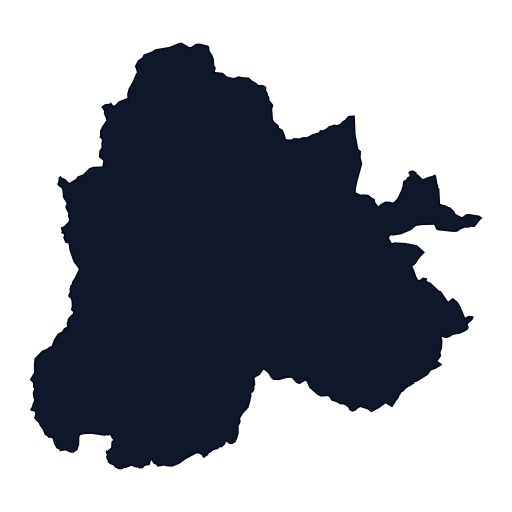 the district of Ramet, Alba, Romania
{"feature_id": "2599482B41424477367758", "entity_name": "Ramet", "entity_type": "district", "adm_level": 2, "iso_a3": "ROU", "parent_name": "Romania", "parent_adm1": "Alba", "projection": "orthographic", "projection_center": [23.514, 46.33], "detail": "fine", "context": "isolated", "style": "filled", "palette": "ink", "viewbox_px": 512, "rotation_deg": 0, "n_neighbors": 0, "source": "geoboundaries", "source_scale": "gbopen_adm2", "svg_char_len": 5968}
<svg xmlns="http://www.w3.org/2000/svg" viewBox="0 0 512 512"><path d="M203.8,457.1L207.5,454.5L208.3,452.6L210.3,451.8L213.1,449.5L217.8,448.3L218.4,447.1L219.5,446.7L221.7,446.5L224.3,444.0L226.0,440.3L230.0,443.5L232.4,443.1L234.7,441.9L236.5,438.1L238.0,433.0L237.8,426.0L239.9,421.8L239.4,418.1L242.5,413.0L247.9,407.2L249.9,400.1L250.1,397.8L250.7,396.9L250.5,392.4L252.6,391.6L253.8,388.9L253.5,386.6L254.7,384.1L254.2,383.6L254.4,381.4L253.7,379.4L254.2,377.7L254.5,377.0L259.3,374.4L263.1,368.8L264.6,369.3L268.1,372.1L269.4,373.6L271.3,377.2L273.5,379.1L278.9,379.4L286.3,377.3L291.0,377.0L292.5,377.6L296.7,382.3L299.6,383.3L304.4,380.4L306.2,379.9L307.3,381.2L309.9,387.2L317.8,394.3L321.4,395.9L327.9,395.3L328.7,395.6L330.3,397.1L332.0,400.1L336.4,401.3L340.4,403.6L343.0,403.7L345.6,404.5L349.1,407.3L349.8,409.4L351.6,410.6L352.4,410.9L354.6,410.3L358.2,407.2L360.5,406.3L367.7,408.7L371.4,411.4L378.4,407.7L385.4,402.5L392.0,406.3L395.5,400.6L398.1,397.4L398.6,395.6L401.4,391.4L402.6,391.1L404.8,388.6L408.3,385.9L410.2,385.3L411.2,384.3L413.5,383.2L413.6,381.8L417.0,380.8L426.6,374.8L428.4,373.1L430.3,369.9L435.0,368.3L440.6,364.9L441.1,364.5L436.4,361.3L440.4,355.9L439.8,352.9L440.0,351.2L441.4,348.0L441.7,340.4L440.5,336.1L443.2,336.4L445.2,337.3L447.1,337.2L450.9,335.5L452.1,334.3L460.2,332.8L465.9,330.0L467.3,328.8L468.0,327.4L466.9,324.9L467.2,323.4L470.9,320.4L472.1,319.0L472.8,317.1L469.1,316.5L464.7,318.6L460.0,307.3L457.2,302.5L452.8,298.8L447.9,302.7L440.5,291.8L438.6,291.3L430.0,283.2L426.8,282.0L425.8,281.0L426.3,278.9L423.0,278.3L420.8,280.2L417.8,280.8L415.7,277.0L413.5,270.6L411.4,266.3L415.0,263.3L419.5,256.8L423.9,252.3L416.4,245.8L404.7,243.6L394.8,243.1L391.8,243.9L391.1,243.6L388.1,238.2L389.6,234.7L394.5,234.7L401.1,233.5L410.8,229.4L415.6,225.3L421.6,224.4L434.8,224.0L436.8,228.9L438.3,229.6L453.2,231.2L456.9,231.0L459.9,228.8L464.8,226.9L468.0,227.0L471.1,226.0L474.2,226.4L479.7,219.4L481.3,218.1L478.9,216.3L468.5,214.7L466.1,215.1L463.1,217.5L461.3,217.8L454.7,214.3L453.8,211.9L449.6,207.9L447.5,207.5L444.7,205.8L442.4,205.7L441.7,205.0L439.4,204.7L438.6,189.0L437.6,189.0L437.3,185.5L436.8,184.7L435.5,176.9L434.9,175.4L432.5,176.6L426.6,178.2L424.4,179.5L422.2,179.8L417.7,175.3L415.6,174.0L415.9,172.8L412.5,171.2L409.9,171.8L409.1,172.8L410.5,175.2L409.9,176.9L407.9,177.9L406.4,180.3L404.2,181.3L403.6,182.8L403.3,186.2L402.1,190.1L399.0,196.8L397.2,199.7L394.6,202.5L392.4,203.4L389.4,202.4L386.1,202.3L384.6,202.7L380.6,205.0L378.4,207.6L374.5,202.5L374.2,199.8L370.9,197.9L368.2,195.6L363.8,195.1L360.5,195.4L356.0,193.3L355.0,192.5L355.2,188.4L356.9,180.5L361.5,163.8L359.9,157.8L360.3,151.6L357.6,149.3L354.8,134.0L354.1,116.2L348.7,116.6L345.4,120.4L342.8,121.8L341.2,123.9L339.3,125.0L337.4,125.9L334.6,125.3L329.2,126.9L326.6,129.3L323.1,130.9L320.8,130.8L319.0,133.0L312.9,134.9L307.0,137.9L302.7,137.9L299.5,139.2L293.8,138.8L291.7,140.3L285.4,139.9L284.0,134.8L282.0,130.2L278.4,128.3L278.0,125.8L273.6,122.2L272.3,120.0L271.5,109.6L271.6,108.0L272.4,106.4L272.3,104.9L268.8,100.5L268.5,97.4L266.9,94.6L267.1,93.5L265.3,90.5L265.7,88.1L265.2,87.1L262.7,85.8L258.6,85.7L257.5,85.3L255.8,83.6L251.0,80.7L248.6,78.2L242.2,77.9L238.7,77.0L234.0,78.9L226.7,77.2L222.4,73.5L213.8,72.6L215.0,68.3L214.8,67.4L213.6,65.9L213.1,59.1L211.5,55.1L208.8,51.1L208.5,47.2L207.5,46.3L200.0,44.3L196.3,44.5L190.9,47.9L188.4,47.5L181.5,43.4L178.9,43.8L169.7,47.6L155.4,50.0L152.6,52.0L144.1,55.2L142.8,58.0L138.5,60.9L135.7,66.2L137.8,72.4L136.4,74.5L133.6,81.4L129.3,88.9L127.9,94.3L128.2,98.4L119.1,102.0L116.0,105.4L112.7,107.0L112.1,106.1L112.6,105.9L112.5,105.5L111.7,104.9L110.8,103.5L109.6,104.5L105.4,104.8L102.3,107.0L104.9,111.0L104.5,113.3L106.6,118.2L107.0,120.6L102.6,127.1L102.0,128.4L101.9,129.6L100.8,130.5L100.7,135.9L100.3,137.1L102.5,138.8L102.5,141.4L102.0,143.8L102.3,147.2L102.2,147.9L100.1,150.9L99.7,156.8L104.0,160.4L103.0,167.1L93.4,167.5L89.6,168.9L83.6,175.0L77.9,177.1L76.7,179.4L69.0,183.9L64.9,179.7L61.6,178.2L60.5,176.9L59.2,178.0L59.5,179.3L59.0,180.5L59.1,181.8L58.0,184.2L59.0,185.5L61.8,187.4L62.7,189.0L63.3,191.6L63.6,197.1L67.2,202.7L67.1,205.2L66.1,206.1L66.3,207.9L69.1,213.4L68.7,215.8L69.8,219.6L69.2,222.1L64.5,226.8L61.6,228.0L62.5,231.1L62.0,232.7L64.7,233.8L64.7,236.2L63.9,237.5L64.3,238.4L65.9,242.2L68.9,242.7L69.4,244.4L70.2,250.0L73.7,260.2L74.6,262.1L78.5,267.2L79.6,269.4L75.0,278.8L72.7,282.2L72.5,284.6L71.2,285.5L70.2,289.6L70.7,291.8L69.1,295.1L69.0,296.2L71.3,298.2L72.2,300.4L72.5,306.4L71.8,309.0L72.0,310.2L73.8,311.2L73.8,313.7L70.5,316.7L68.4,319.4L68.0,322.3L67.4,323.0L67.7,327.1L67.3,327.7L64.9,328.4L62.2,332.4L58.4,334.0L54.7,339.8L51.7,347.6L50.5,347.0L47.0,349.5L42.5,351.3L35.2,358.8L34.6,365.4L34.8,372.6L30.7,379.6L33.6,382.5L33.9,384.6L33.7,387.1L35.3,387.2L33.4,393.5L34.0,396.9L34.7,398.8L34.7,401.1L32.9,405.0L33.2,406.2L31.0,409.4L31.2,410.0L35.0,410.9L36.0,413.2L36.0,414.2L35.3,416.9L34.8,417.5L36.9,420.5L38.7,421.6L40.5,425.4L43.2,429.1L45.4,434.3L47.5,435.6L49.1,437.3L50.8,436.9L52.5,437.6L53.6,438.6L54.3,442.5L56.6,447.0L57.4,448.0L59.7,448.8L60.2,449.3L60.3,450.5L65.8,449.6L70.0,451.8L73.3,452.0L77.0,449.3L78.5,444.1L78.6,436.5L80.1,434.3L84.1,433.4L91.5,433.1L105.0,435.1L105.6,434.4L108.1,434.8L109.1,434.1L110.1,434.1L111.3,435.7L111.8,435.8L112.1,437.5L114.4,440.0L114.2,440.5L112.2,441.8L111.8,448.0L107.6,451.6L106.7,451.2L106.6,452.9L107.5,454.1L107.3,456.0L106.9,456.8L107.2,458.5L108.3,460.3L108.6,462.1L111.2,463.8L114.0,464.6L115.3,466.7L118.8,468.5L121.9,468.6L123.6,467.3L125.6,467.2L130.0,465.6L130.2,464.7L136.2,466.8L138.2,466.8L139.7,467.8L142.5,467.4L143.7,465.8L146.1,464.8L149.1,464.4L149.7,461.9L150.8,459.7L151.6,458.9L152.4,459.1L152.4,460.3L153.9,462.8L156.8,464.3L157.6,465.7L158.1,465.9L164.2,464.8L167.3,465.7L172.2,465.9L178.9,463.2L184.9,458.8L196.8,452.4L197.5,452.8L198.1,452.5L201.7,454.1L203.0,455.1L203.0,456.4L203.8,457.1Z" fill="#0f172a" stroke="#020617" stroke-width="1.5"/></svg>